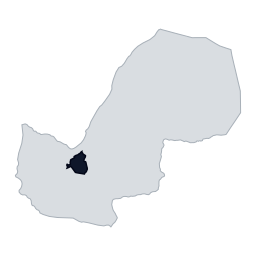 where Cordillera sits in Paraguay, rotated 90°
{"feature_id": "PRY-604", "entity_name": "Cordillera", "entity_type": "Department", "adm_level": 1, "iso_a3": "PRY", "parent_name": "Paraguay", "parent_adm1": "", "projection": "robinson", "projection_center": [-57.018, -25.289], "detail": "fine", "context": "in_parent", "style": "filled", "palette": "ink", "viewbox_px": 256, "rotation_deg": 90, "n_neighbors": 0, "source": "natural_earth", "source_scale": "10m", "svg_char_len": 4306}
<svg xmlns="http://www.w3.org/2000/svg" viewBox="0 0 256 256"><g transform="rotate(90 128 128)"><path d="M134.8,39.3L135.3,41.3L135.6,42.8L136.4,43.9L137.2,45.3L137.9,46.1L138.5,47.5L138.3,49.0L138.7,51.0L139.0,52.7L139.4,53.2L140.6,53.6L141.1,55.2L140.7,56.0L140.9,56.9L141.3,57.7L140.9,58.6L141.1,59.3L141.9,59.8L142.6,62.0L142.7,65.7L141.9,67.7L141.3,69.3L141.1,70.3L141.6,71.7L140.8,73.4L139.9,75.5L140.1,77.0L140.3,78.3L140.3,79.8L140.6,81.1L140.3,82.5L140.0,83.8L139.8,85.3L140.2,86.9L139.5,88.4L139.1,89.5L138.9,90.6L139.7,92.3L141.4,93.0L142.8,93.2L144.2,92.3L145.2,92.0L147.1,92.8L148.8,94.3L150.9,94.4L152.9,94.7L154.4,95.2L156.6,94.6L158.8,95.2L161.5,96.0L163.6,96.7L165.8,96.5L167.5,96.4L169.2,95.6L170.8,95.7L172.1,94.3L172.8,93.0L173.4,92.1L175.2,91.4L176.4,91.8L177.4,94.2L179.2,95.5L179.9,96.5L181.2,97.0L184.1,97.1L185.9,97.0L187.9,97.7L189.3,97.7L190.4,98.9L191.5,100.5L191.7,103.3L192.7,105.4L194.0,106.3L194.7,107.6L194.4,109.5L193.8,111.4L193.9,113.5L194.6,115.4L194.6,117.2L195.0,119.1L196.0,120.8L196.3,123.4L196.1,125.3L196.7,126.3L197.0,127.9L196.6,129.1L196.4,130.9L196.5,132.4L197.0,133.6L198.3,135.3L198.7,138.2L198.7,140.1L199.3,142.5L200.5,143.6L202.4,143.9L204.5,144.3L207.2,143.7L209.5,143.1L210.8,142.5L213.4,140.8L215.6,139.8L216.8,139.1L217.9,138.7L220.1,139.8L222.2,141.1L223.9,143.0L226.9,145.1L226.3,145.6L225.1,147.3L225.1,149.3L225.9,152.1L225.1,158.2L222.8,167.4L221.8,172.8L222.2,174.4L221.3,177.1L218.1,182.8L217.9,186.7L217.5,198.5L216.4,206.7L214.5,212.8L212.9,216.1L211.4,216.5L210.3,217.4L209.7,219.0L208.5,220.3L206.7,221.3L205.7,222.4L205.6,223.7L203.9,224.5L200.7,224.8L198.8,225.8L198.2,227.4L197.2,228.7L195.6,229.6L194.8,231.2L194.9,233.4L194.0,235.3L192.1,236.9L190.3,236.9L188.7,235.4L186.6,234.4L183.9,233.9L181.6,234.3L179.8,235.5L178.2,237.5L176.8,240.2L175.3,240.6L173.5,238.8L171.4,238.3L168.8,239.0L166.7,238.8L165.1,237.6L162.8,237.4L159.6,238.4L153.1,237.3L143.3,234.2L135.0,233.0L124.8,234.1L123.9,230.9L124.5,229.1L126.1,227.8L127.1,226.4L127.6,224.7L128.7,223.4L130.6,222.6L131.3,221.7L131.1,220.8L131.4,220.0L132.5,219.3L133.1,218.2L133.3,216.7L133.7,216.0L134.4,215.5L134.5,214.4L134.0,211.3L134.1,208.7L134.6,206.7L135.2,205.5L135.7,205.2L136.1,204.4L136.2,203.2L136.9,202.1L140.1,199.7L141.4,198.5L141.5,197.3L141.9,195.8L143.9,192.4L144.5,190.8L144.5,190.0L145.2,189.2L147.5,187.4L148.8,185.6L149.0,184.0L148.4,182.1L147.1,180.0L142.9,174.8L139.7,172.4L135.5,170.4L132.8,169.8L131.5,170.5L130.2,169.9L128.8,168.2L126.6,166.8L121.8,165.2L110.9,159.1L106.5,156.2L105.1,154.3L101.0,151.1L94.3,146.4L89.2,144.1L85.6,144.2L79.9,142.8L72.0,139.9L67.5,137.1L66.3,134.4L63.3,131.7L58.7,129.0L56.3,127.2L56.1,126.4L54.8,125.3L52.2,123.9L49.4,121.5L46.3,118.2L43.0,113.0L39.5,106.0L35.7,101.3L31.7,98.8L29.7,97.2L29.7,96.4L29.1,95.7L29.6,94.3L31.0,89.0L33.1,81.3L35.2,73.3L37.7,63.9L37.6,57.2L37.6,50.1L41.2,44.3L43.7,40.2L45.9,36.3L48.2,29.6L49.6,25.1L55.4,24.1L65.3,21.8L70.2,20.6L80.5,18.2L91.0,15.7L102.0,15.5L112.7,15.4L121.0,20.9L127.3,25.2L134.3,29.8L134.7,30.9L135.2,34.8L134.8,39.3Z" fill="#d9dde1" stroke="#a8b0b8" stroke-width="1"/><path d="M174.0,171.6L172.8,178.9L172.4,180.6L166.6,184.8L166.5,185.0L166.5,185.3L166.6,185.6L168.0,188.6L168.1,188.9L167.1,188.5L166.9,188.4L166.7,188.4L166.4,188.5L166.2,188.7L166.1,188.8L165.9,189.0L165.7,189.0L165.4,189.1L164.7,189.1L164.3,188.9L164.3,188.7L164.7,188.2L164.9,187.9L165.0,187.7L165.0,187.4L164.8,187.1L164.8,186.9L164.7,186.2L164.6,185.9L164.4,185.8L164.1,185.7L163.9,185.7L162.2,185.8L161.5,185.7L161.0,185.5L160.7,185.4L160.1,185.4L159.7,185.1L159.5,184.9L158.4,182.6L157.9,181.8L157.6,181.5L157.4,181.5L157.1,181.8L156.9,181.9L156.7,181.9L156.4,181.7L156.2,181.3L155.3,179.8L155.2,179.3L155.1,178.8L155.0,178.5L154.7,178.0L154.0,177.2L153.3,175.9L153.1,175.7L152.1,175.0L151.5,174.1L152.3,174.1L152.9,173.5L153.1,173.4L153.3,173.3L153.6,173.2L153.9,173.0L154.1,172.8L155.2,171.2L155.5,170.6L156.0,170.5L156.7,170.7L157.2,170.8L157.6,171.1L159.1,171.8L159.9,172.1L160.4,172.1L160.8,172.1L161.3,171.9L161.5,171.7L161.7,171.4L161.7,171.2L161.6,170.9L161.7,170.6L161.8,170.4L162.0,170.3L162.2,170.2L162.5,170.1L166.2,169.3L167.5,168.9L169.1,168.7L169.4,168.8L171.6,169.7L172.0,170.0L172.9,171.1L173.0,171.1L174.0,171.6Z" fill="#0f172a" stroke="#020617" stroke-width="1.5"/></g></svg>